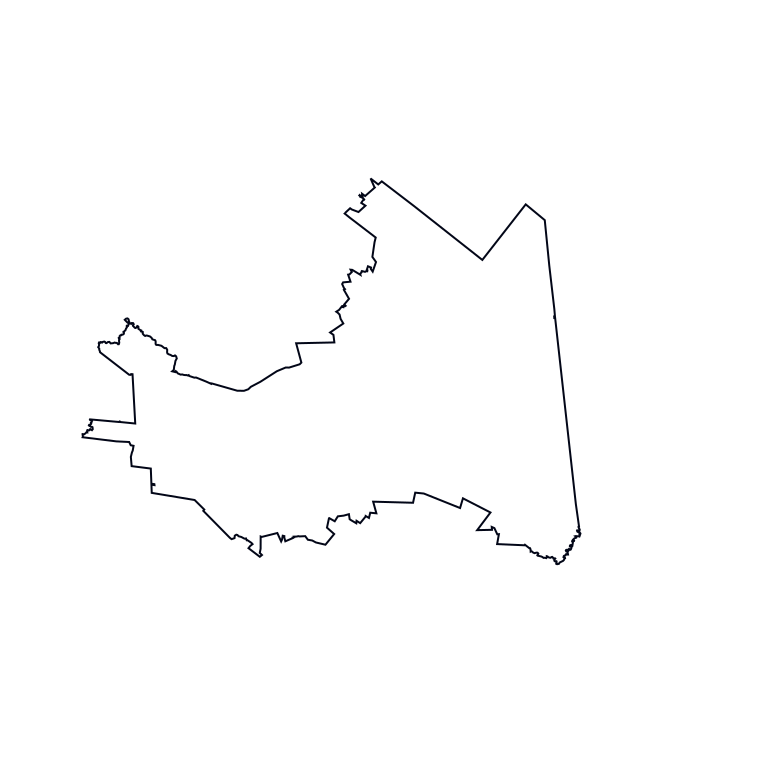 China, Nuevo León, Mexico, rotated 308°
{"feature_id": "50627088B55287529852114", "entity_name": "China", "entity_type": "district", "adm_level": 2, "iso_a3": "MEX", "parent_name": "Mexico", "parent_adm1": "Nuevo León", "projection": "equal_earth", "projection_center": [-99.08, 25.492], "detail": "fine", "context": "isolated", "style": "outline", "palette": "ink", "viewbox_px": 768, "rotation_deg": 308, "n_neighbors": 0, "source": "geoboundaries", "source_scale": "gbopen_adm2", "svg_char_len": 6166}
<svg xmlns="http://www.w3.org/2000/svg" viewBox="0 0 768 768"><g transform="rotate(308 384 384)"><path d="M234.3,140.5L234.2,141.1L234.4,177.5L235.2,178.7L236.1,178.6L236.9,179.8L199.7,212.3L191.8,199.8L191.9,199.2L191.7,198.7L191.0,198.7L175.1,174.1L174.8,174.2L174.7,174.7L175.5,176.0L175.2,176.5L174.7,176.3L174.4,176.9L173.8,177.1L173.1,176.9L172.6,177.7L172.3,177.8L171.9,177.5L171.1,177.5L170.3,176.8L169.7,176.9L169.6,177.7L170.1,178.2L169.8,179.3L170.4,180.1L170.5,180.9L169.1,182.3L167.8,182.3L167.6,180.3L167.2,180.1L166.7,180.4L166.1,180.3L165.5,179.8L165.3,178.8L165.1,178.6L164.6,178.7L163.2,180.0L162.8,179.2L161.7,179.2L159.7,178.7L159.2,178.1L159.2,177.5L158.9,177.3L157.2,179.1L156.5,179.3L174.0,208.4L181.4,218.9L179.8,222.1L181.1,224.7L176.8,227.0L174.9,227.5L170.7,229.4L163.9,235.7L173.8,252.3L162.2,262.1L163.7,264.7L163.0,265.4L161.5,262.7L155.2,268.0L176.0,306.2L174.4,319.7L172.8,319.7L167.9,357.3L167.9,359.4L170.5,361.1L172.6,359.8L174.3,360.4L174.8,361.5L174.5,363.1L175.6,365.7L176.2,369.2L176.7,369.9L177.3,370.3L176.4,371.9L176.8,372.1L177.2,377.3L176.9,379.0L174.0,378.3L171.2,378.3L171.4,392.5L174.1,393.1L174.4,390.1L178.2,388.2L187.9,380.7L188.2,381.8L200.9,391.7L196.6,399.9L198.4,399.5L202.1,397.6L202.8,399.1L201.7,399.9L199.3,403.1L206.4,407.0L206.7,406.6L207.8,407.5L208.2,406.9L210.1,409.2L211.3,410.1L211.9,411.3L215.6,415.6L214.4,419.9L216.5,423.8L217.2,427.9L221.3,436.8L235.1,437.1L235.7,427.5L244.3,423.3L244.6,423.4L245.5,429.7L251.3,429.1L255.5,433.3L259.8,436.5L256.3,440.2L256.4,441.9L257.2,447.9L259.3,446.6L259.7,450.9L268.4,451.1L268.7,450.9L269.2,454.6L274.1,452.4L277.4,457.6L284.6,447.9L308.3,480.0L317.6,475.5L322.2,482.8L333.1,520.3L342.5,516.6L348.3,547.0L326.2,547.4L335.6,558.9L337.7,556.9L338.4,559.7L335.3,565.8L336.4,567.0L327.5,571.7L343.4,594.0L344.1,594.0L344.1,599.7L344.5,600.0L344.0,601.2L342.3,602.7L342.8,602.9L343.1,603.3L343.0,605.4L343.4,606.8L344.9,607.9L345.4,608.5L345.6,609.0L345.3,610.1L343.4,610.3L343.3,610.7L344.9,614.1L345.2,615.4L345.2,616.8L346.1,617.7L346.7,619.1L347.5,619.1L348.5,618.3L348.8,619.0L348.7,620.3L349.2,621.6L349.7,622.3L350.7,622.5L351.3,623.0L351.2,624.1L350.8,624.9L351.9,626.0L351.9,626.4L350.4,626.4L349.6,627.0L349.5,627.8L350.5,628.9L350.5,629.1L349.9,629.7L348.8,630.0L348.3,630.5L348.6,631.4L349.3,631.8L349.8,632.5L351.6,632.4L354.9,634.0L356.2,634.1L357.2,633.7L358.1,634.0L358.6,633.4L358.2,632.7L358.1,632.0L359.2,631.6L360.1,631.9L360.8,632.5L362.1,632.3L362.4,633.4L362.9,634.0L364.6,632.1L364.3,630.7L364.7,629.8L365.4,629.7L365.9,630.1L366.2,630.6L366.1,632.0L366.5,632.0L367.5,631.2L368.0,631.3L368.0,632.8L368.6,633.1L370.5,632.5L371.5,631.3L371.5,630.9L371.3,630.6L371.0,630.6L370.7,630.9L370.5,630.7L370.5,630.4L371.1,630.0L371.6,630.0L372.3,630.5L372.3,631.0L371.9,631.7L371.9,632.1L372.2,632.2L375.3,630.5L375.8,629.1L376.2,628.9L377.0,629.0L376.9,630.2L377.3,630.4L377.7,630.2L377.9,628.8L379.7,629.1L381.3,630.1L381.9,629.8L381.9,628.5L382.4,628.9L382.6,629.5L383.8,631.1L384.1,631.9L384.8,631.7L385.7,630.7L386.0,630.8L386.2,631.2L387.2,630.8L387.4,630.0L386.9,629.3L387.0,628.2L386.7,627.5L387.2,626.4L387.6,626.3L388.1,627.2L387.4,628.3L387.4,628.8L387.9,628.8L388.5,628.3L389.5,628.1L390.0,627.6L390.1,626.9L391.1,625.2L391.5,625.1L391.8,625.4L407.5,609.1L541.3,478.3L540.8,477.6L541.9,476.6L542.3,477.3L548.0,472.0L579.0,441.4L612.1,409.8L612.8,385.1L542.3,385.1L542.7,297.9L542.3,257.5L537.7,256.6L537.7,246.9L533.4,254.9L533.2,255.8L520.5,253.4L520.4,249.7L519.1,251.1L518.9,250.5L518.5,250.7L517.7,249.5L517.9,248.5L517.4,248.5L517.5,249.5L516.9,249.9L517.6,252.8L517.2,254.8L516.7,254.8L516.5,254.3L512.7,254.6L513.1,259.6L503.8,258.0L501.7,251.2L501.6,249.1L495.2,248.1L494.4,248.3L494.1,248.2L494.0,254.4L494.3,287.3L490.0,289.2L477.0,296.6L475.2,302.6L465.6,305.9L466.6,302.6L467.8,302.1L466.9,298.9L463.5,300.1L463.5,300.9L462.5,301.4L461.9,300.5L460.7,300.0L459.4,297.0L458.9,297.0L458.2,297.6L456.6,297.4L455.8,297.8L455.5,298.2L454.4,288.7L453.5,287.3L452.4,289.7L449.1,289.3L448.1,288.4L444.0,294.6L438.9,289.2L437.0,289.5L434.9,293.5L434.7,294.8L433.5,294.4L429.6,304.0L422.3,303.7L422.0,305.6L421.1,305.3L421.1,305.0L420.8,304.9L420.8,304.0L419.7,303.2L419.2,304.1L418.6,303.0L414.8,303.0L411.6,301.9L411.7,303.6L411.4,306.2L408.6,309.7L406.6,314.7L391.4,309.8L391.6,313.9L386.2,319.3L362.0,289.7L350.0,305.7L347.6,305.4L338.5,299.1L336.5,296.4L328.1,291.7L309.6,285.2L299.8,280.8L296.3,280.3L292.5,277.9L288.4,272.6L278.6,248.4L278.1,247.4L277.7,247.6L276.4,242.3L273.4,231.9L272.2,230.6L270.4,225.5L270.8,224.6L269.9,224.1L269.3,222.6L268.7,222.0L267.9,220.7L267.3,219.1L266.2,218.0L265.4,214.9L265.9,213.1L265.7,213.1L265.7,211.9L264.9,212.2L263.6,209.3L265.3,209.6L266.0,209.5L269.1,207.6L270.5,207.2L273.9,205.4L276.5,205.0L277.8,203.2L277.9,201.8L277.6,201.5L276.7,201.3L275.7,199.8L275.5,197.8L275.0,196.6L274.7,194.6L275.5,193.5L277.5,192.1L278.2,190.3L277.1,188.9L277.1,185.1L275.7,181.9L274.7,180.6L274.6,180.2L275.0,179.3L276.8,178.0L277.4,177.2L277.6,176.7L276.6,174.0L277.3,172.4L277.4,170.3L276.2,167.3L275.7,166.7L274.8,166.2L274.7,164.7L275.1,162.9L276.5,161.9L276.4,161.1L275.8,160.4L275.9,159.9L276.7,159.6L276.4,158.5L276.3,156.5L276.8,156.0L277.8,155.4L278.0,154.8L277.8,153.9L276.1,154.1L275.2,153.8L274.9,153.1L275.3,150.3L275.5,150.1L277.0,150.0L277.5,149.0L277.5,148.7L276.7,147.7L275.9,147.9L275.4,146.9L276.2,144.6L277.7,142.9L277.8,141.9L277.7,141.4L276.6,140.5L275.0,140.2L274.5,143.9L274.6,145.2L273.9,146.0L272.2,146.5L271.7,145.5L271.3,145.5L270.4,146.5L268.8,146.6L267.0,147.2L266.2,146.9L265.0,146.9L264.7,146.6L264.4,146.8L264.1,147.7L263.2,148.1L262.0,147.7L261.3,146.8L260.6,146.9L260.1,146.3L259.0,146.2L257.9,147.0L257.0,146.6L256.7,147.0L257.0,147.4L256.7,148.0L256.0,148.0L255.0,148.5L253.5,150.0L252.1,150.5L251.6,150.0L251.9,148.2L251.1,147.0L250.8,146.2L249.4,145.4L247.7,143.6L248.1,141.7L247.2,140.7L245.3,140.1L245.0,139.6L245.4,138.2L245.2,137.4L243.9,136.4L243.0,136.3L242.9,135.3L242.5,134.8L241.8,135.0L241.3,133.9L240.5,134.1L239.6,135.3L238.3,136.0L237.1,136.1L236.6,137.8L235.7,138.5L234.8,140.1L234.3,140.5Z" fill="none" stroke="#020617" stroke-width="2"/></g></svg>